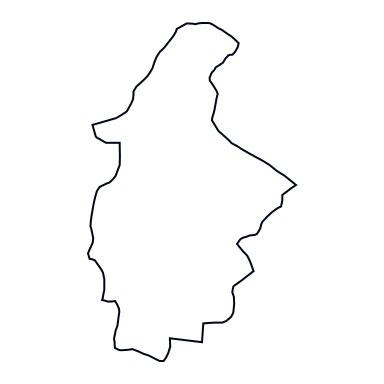 Makhmour, Arbil, Iraq
{"feature_id": "34846034B86944625469149", "entity_name": "Makhmour", "entity_type": "district", "adm_level": 2, "iso_a3": "IRQ", "parent_name": "Iraq", "parent_adm1": "Arbil", "projection": "mercator", "projection_center": [43.61, 35.824], "detail": "fine", "context": "isolated", "style": "outline", "palette": "ink", "viewbox_px": 384, "rotation_deg": 0, "n_neighbors": 0, "source": "geoboundaries", "source_scale": "gbopen_adm2", "svg_char_len": 2375}
<svg xmlns="http://www.w3.org/2000/svg" viewBox="0 0 384 384"><path d="M92.5,124.9L95.7,136.3L97.0,137.8L99.2,138.8L103.7,141.5L106.0,142.8L119.7,142.8L119.7,145.3L119.9,156.0L119.7,165.0L117.7,170.2L115.7,175.8L112.4,179.8L109.4,182.5L106.0,183.8L99.7,186.9L97.0,190.9L95.5,195.8L93.7,203.5L92.0,213.1L91.5,216.1L90.7,222.0L90.6,224.0L90.5,226.3L91.2,228.4L93.2,238.0L92.7,242.6L91.0,246.6L89.5,249.7L88.0,253.4L89.6,258.8L92.1,259.2L94.9,260.4L97.1,263.5L101.1,269.2L103.0,272.7L104.3,279.2L104.3,282.7L104.3,287.7L104.3,290.0L103.3,294.6L102.7,298.4L102.1,300.0L105.2,300.7L107.4,301.5L108.0,301.5L111.8,301.5L115.2,301.1L117.4,305.0L119.0,308.8L119.3,311.9L118.3,318.8L118.0,321.5L117.4,325.7L115.5,331.0L114.9,334.5L114.0,338.7L114.6,341.8L114.6,344.1L114.9,347.9L118.6,349.8L120.2,350.2L122.4,350.2L128.3,349.8L132.4,349.1L138.3,351.4L143.3,353.7L148.9,355.6L155.5,359.0L159.6,361.0L163.6,361.0L166.1,357.5L168.3,352.9L170.2,346.8L169.9,338.3L202.0,342.2L203.3,323.4L208.3,323.0L214.8,322.6L222.3,322.6L226.1,321.1L226.4,320.8L231.1,316.9L233.3,312.6L234.2,303.8L233.9,296.9L232.3,292.3L232.9,288.4L233.6,286.1L241.1,280.8L253.6,271.1L250.1,261.5L247.3,255.8L242.6,250.8L237.0,243.9L240.4,239.2L242.9,237.7L246.1,236.9L249.8,235.4L254.5,235.0L257.0,233.9L258.9,230.8L260.1,228.8L260.7,226.5L261.1,224.6L262.3,221.9L267.3,216.5L272.3,211.9L277.6,208.1L281.0,206.5L281.7,203.4L282.3,200.0L282.3,195.0L291.0,188.4L296.0,185.0L293.6,183.0L284.5,175.7L276.9,171.0L269.4,164.9L263.1,161.0L251.1,154.5L242.3,149.5L237.8,146.5L231.5,143.1L229.0,140.3L222.5,134.5L218.4,130.9L215.7,126.4L211.9,120.3L212.3,117.7L214.4,110.5L215.1,106.4L216.6,98.2L217.7,93.7L216.6,91.0L213.0,85.1L209.8,80.6L209.6,77.5L210.3,76.2L211.0,74.2L212.3,72.0L214.1,70.3L215.9,67.2L219.1,65.3L222.9,62.7L225.6,58.3L227.7,56.3L228.1,55.5L229.9,54.9L232.6,54.6L234.0,53.0L235.8,50.7L237.8,46.8L238.7,43.2L234.0,38.7L231.5,36.5L226.8,33.4L221.8,29.8L218.6,28.4L213.5,25.0L210.1,23.3L207.8,23.0L205.3,23.0L202.6,23.0L198.6,23.3L195.4,24.2L193.8,23.9L192.2,23.6L189.8,23.6L186.7,23.4L176.7,29.0L176.2,30.9L175.8,31.9L173.1,36.4L164.3,47.6L159.8,51.9L156.6,56.9L154.3,62.5L152.5,68.2L150.1,72.3L147.5,76.1L144.4,79.3L140.7,82.7L136.3,86.7L133.5,91.4L133.5,95.2L133.0,99.3L131.0,103.8L126.8,111.4L122.4,114.4L116.2,118.1L110.9,119.6L97.0,123.6L92.5,124.9Z" fill="none" stroke="#020617" stroke-width="2"/></svg>